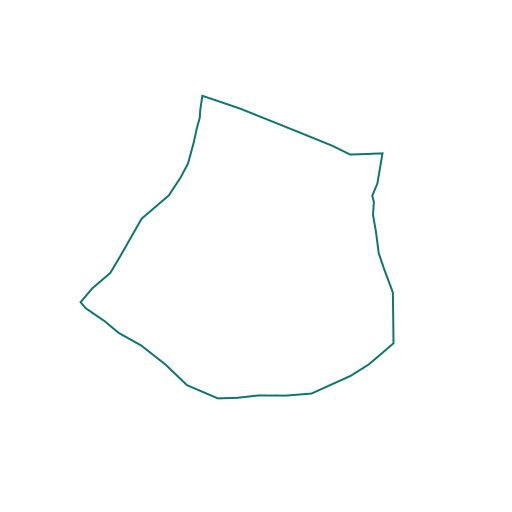 outline of Disuq, Kafr ash Shaykh, Egypt, rotated 139°
{"feature_id": "37247803B31091771651272", "entity_name": "Disuq", "entity_type": "district", "adm_level": 2, "iso_a3": "EGY", "parent_name": "Egypt", "parent_adm1": "Kafr ash Shaykh", "projection": "mercator", "projection_center": [30.648, 31.145], "detail": "fine", "context": "isolated", "style": "outline", "palette": "teal", "viewbox_px": 512, "rotation_deg": 139, "n_neighbors": 0, "source": "geoboundaries", "source_scale": "gbopen_adm2", "svg_char_len": 773}
<svg xmlns="http://www.w3.org/2000/svg" viewBox="0 0 512 512"><g transform="rotate(139 256 256)"><path d="M191.4,412.1L201.9,403.1L207.8,397.2L216.7,391.3L228.7,382.4L246.5,370.5L261.4,364.7L282.2,358.9L302.9,359.1L317.8,359.2L359.4,344.6L377.2,338.8L400.9,339.0L418.7,336.2L418.8,328.3L413.0,306.1L410.1,288.0L401.4,263.9L395.6,233.8L392.8,203.7L382.1,181.6L378.2,173.6L363.4,161.4L345.7,149.2L325.0,131.0L304.4,115.8L262.9,103.4L242.2,100.2L224.4,100.0L209.5,99.9L193.1,119.2L176.7,138.6L167.7,162.5L161.6,177.5L149.7,195.4L140.7,210.3L134.7,216.3L131.7,219.3L128.7,225.2L116.8,231.1L93.2,250.5L94.0,251.0L94.7,251.6L98.2,254.5L103.6,258.8L118.4,270.8L126.1,289.1L137.4,311.4L141.5,319.5L171.5,378.0L191.4,412.1Z" fill="none" stroke="#0f766e" stroke-width="2"/></g></svg>